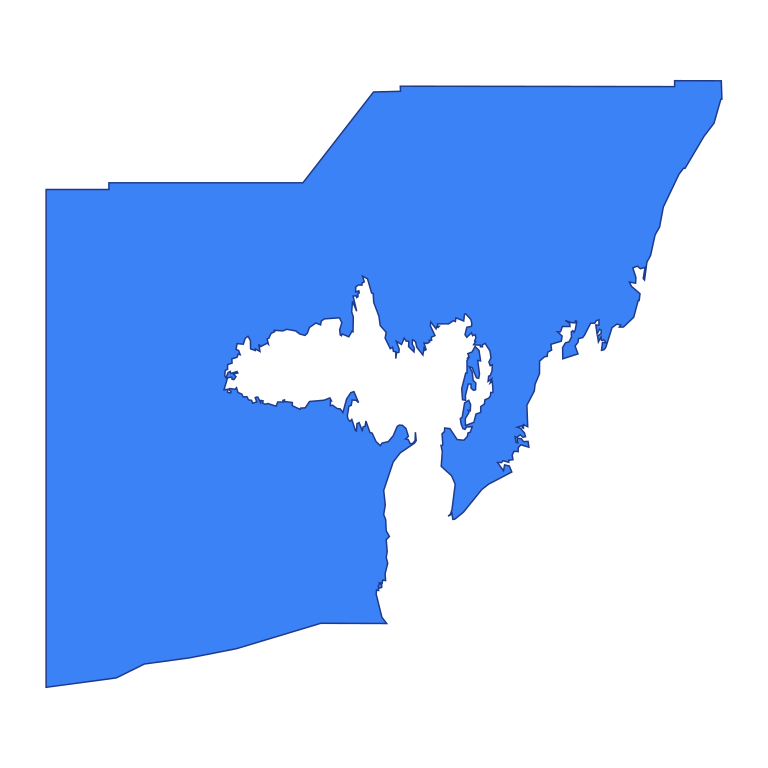 the district of 98, Ar Rayyān, Qatar
{"feature_id": "91078587B41884610793448", "entity_name": "98", "entity_type": "district", "adm_level": 2, "iso_a3": "QAT", "parent_name": "Qatar", "parent_adm1": "Ar Rayyān", "projection": "mercator", "projection_center": [51.33, 24.623], "detail": "fine", "context": "isolated", "style": "filled", "palette": "blue", "viewbox_px": 768, "rotation_deg": 0, "n_neighbors": 0, "source": "geoboundaries", "source_scale": "gbopen_adm2", "svg_char_len": 6122}
<svg xmlns="http://www.w3.org/2000/svg" viewBox="0 0 768 768"><path d="M46.1,687.3L116.3,677.9L144.4,664.0L189.9,657.8L236.7,648.6L320.7,623.3L386.7,623.5L381.9,617.3L376.2,594.2L376.5,590.0L378.6,590.5L378.3,584.8L378.6,588.4L381.7,587.4L381.7,584.3L379.3,584.1L379.3,582.7L382.2,583.2L382.7,580.1L385.6,580.6L385.1,573.8L387.7,563.3L386.2,557.5L387.2,551.7L386.2,539.7L389.4,536.5L386.2,530.8L385.7,519.7L383.7,514.5L385.3,505.0L383.7,490.4L393.2,462.0L400.2,452.9L414.4,443.2L416.2,440.6L415.4,432.2L415.1,440.6L412.6,443.5L410.2,443.7L408.1,439.5L405.5,439.0L408.4,436.4L406.0,428.5L402.4,425.3L399.3,425.1L397.2,426.4L393.2,435.8L388.3,441.6L382.0,443.1L380.4,445.7L376.0,441.5L372.1,433.1L370.0,432.6L365.9,421.0L365.1,426.3L363.2,426.8L362.2,430.5L359.1,422.6L357.0,423.6L356.4,431.0L355.4,430.5L351.8,419.4L350.2,421.3L348.1,419.4L347.3,415.8L348.9,406.3L351.3,405.3L352.1,400.0L356.0,400.3L358.6,402.7L353.9,391.6L350.8,392.7L346.6,399.0L342.9,412.6L340.3,408.9L337.2,408.6L332.5,405.2L330.4,405.7L330.4,401.0L331.5,401.0L329.9,397.9L324.1,400.2L309.5,401.5L305.3,407.8L300.6,408.1L300.1,409.4L292.3,405.7L292.3,402.5L284.5,401.5L284.5,399.9L282.9,400.4L283.4,402.0L277.7,402.0L276.1,406.2L267.8,403.5L265.2,404.3L262.5,403.0L263.1,400.9L261.0,400.4L260.5,402.5L257.9,397.2L256.3,397.0L255.2,397.7L256.8,401.9L252.6,403.2L251.6,400.4L248.5,399.8L246.9,396.7L243.2,396.9L241.7,394.0L238.0,392.5L236.5,387.7L234.9,389.3L229.7,388.5L228.6,389.3L231.0,391.4L230.7,393.0L227.6,392.4L227.6,389.3L224.0,389.8L227.6,377.7L231.8,377.2L232.1,379.3L233.9,379.6L236.0,376.7L233.4,374.1L237.8,373.0L237.0,371.5L230.8,373.5L230.2,371.4L228.1,372.5L226.0,377.7L224.7,375.6L225.3,370.4L227.6,369.3L227.6,364.6L232.1,363.1L231.8,358.9L237.0,357.3L238.1,354.1L240.2,354.7L238.6,350.5L236.0,349.4L237.1,343.6L243.3,344.2L245.2,338.4L248.0,336.3L250.4,340.5L250.6,348.9L255.3,350.5L255.3,348.9L260.0,351.5L258.7,344.2L260.6,346.6L267.3,343.2L268.4,344.2L267.1,339.0L268.9,338.2L271.0,333.5L274.7,331.6L274.2,330.3L283.0,330.9L286.7,329.3L295.6,330.9L299.7,334.0L305.0,335.4L307.3,333.3L309.4,327.5L315.9,323.0L320.6,324.9L321.2,321.2L324.3,318.9L339.5,317.8L341.8,322.8L339.7,329.6L340.2,334.9L341.5,335.7L342.0,333.9L348.8,336.8L352.0,331.2L353.0,331.8L353.3,317.1L351.7,311.8L352.5,301.3L356.7,311.3L353.1,296.1L356.2,295.8L356.7,297.6L358.0,296.6L358.0,293.5L359.3,292.9L358.8,290.8L355.7,291.9L355.7,287.1L358.3,285.0L362.0,285.1L362.0,283.0L364.3,281.9L362.5,276.1L367.5,278.8L371.6,293.0L373.2,293.5L373.7,302.4L378.9,316.1L380.2,325.5L386.2,332.4L385.1,338.1L390.3,348.7L392.6,347.3L393.4,351.3L395.8,351.8L395.8,358.6L396.5,352.9L398.9,352.3L399.2,349.2L396.3,341.3L401.5,344.5L404.2,338.2L406.2,341.1L408.8,341.3L408.6,346.6L414.0,351.9L414.3,348.2L412.2,344.0L412.5,339.8L413.5,340.0L415.6,341.9L416.7,347.1L422.9,355.0L424.0,348.2L425.0,350.3L426.1,349.5L424.0,343.0L427.1,343.5L429.7,341.9L429.2,340.3L431.6,340.3L431.3,337.2L435.0,335.6L430.3,325.6L430.8,322.0L436.0,328.8L436.6,326.7L438.1,327.5L439.2,326.2L437.6,326.2L437.6,323.8L448.6,323.9L453.3,320.7L455.4,321.5L455.9,317.8L463.7,321.0L464.5,314.2L465.8,313.9L470.8,319.4L471.8,323.1L471.5,326.3L466.8,327.3L465.0,334.7L466.8,337.3L471.5,332.8L472.6,335.7L475.2,334.7L475.9,337.8L474.6,341.0L475.7,341.5L473.6,344.7L480.4,345.2L480.4,346.8L482.5,346.8L482.5,344.7L485.1,343.4L490.0,351.0L491.0,357.8L488.9,362.0L490.2,365.7L492.3,364.7L492.0,370.9L490.2,375.7L488.6,376.2L488.1,381.4L491.8,378.8L490.2,383.0L492.3,381.4L493.0,390.9L492.8,392.5L490.7,392.5L490.4,396.1L488.6,398.2L484.9,399.8L484.4,404.0L480.7,406.6L480.7,412.4L476.0,414.0L473.9,422.3L465.5,425.5L465.3,418.6L469.0,412.4L468.2,410.3L470.3,410.8L470.6,404.5L468.7,400.3L464.6,402.9L462.2,417.1L460.3,418.6L461.1,423.9L462.9,428.6L465.0,429.4L466.6,427.0L472.2,426.7L470.2,432.3L468.1,432.8L467.3,436.5L463.9,440.2L457.2,439.6L449.9,428.6L444.7,428.0L444.4,431.7L442.0,433.8L442.8,443.8L442.5,445.4L441.0,445.4L442.3,451.7L441.2,466.3L451.6,475.8L455.2,484.2L452.0,509.4L450.5,514.1L448.1,516.2L451.0,514.6L451.8,512.0L452.8,519.4L454.9,519.1L463.5,512.1L481.8,489.5L488.7,484.1L511.8,472.0L509.3,466.0L504.6,464.9L503.5,470.7L497.5,462.5L501.5,462.6L503.0,460.7L508.8,462.3L508.8,460.2L513.0,459.7L512.2,455.0L514.0,451.3L518.2,451.6L518.2,447.7L520.8,444.8L528.9,447.2L528.1,441.4L523.4,441.6L521.4,438.7L517.2,438.2L517.7,442.9L516.1,442.4L515.1,436.6L516.7,437.4L520.3,434.8L522.9,437.2L525.5,436.7L524.5,433.0L520.3,428.2L517.2,427.2L522.4,425.6L522.2,427.7L523.5,428.2L523.5,424.6L527.7,426.7L526.9,405.2L534.3,391.0L535.1,384.2L539.5,373.7L539.6,361.1L544.6,356.7L547.2,356.4L547.7,352.2L551.6,350.1L550.9,344.3L561.3,341.2L562.1,336.0L557.4,331.8L560.5,331.8L562.4,326.5L570.0,326.5L569.7,323.4L565.2,320.4L571.3,322.6L574.9,322.9L575.5,320.8L576.8,321.3L575.2,330.2L573.9,332.3L572.8,330.7L571.3,331.8L571.5,337.0L569.1,341.8L565.5,342.8L562.6,347.5L562.8,358.8L578.0,353.9L575.1,346.0L578.0,342.3L578.5,338.6L582.7,337.6L584.6,335.0L590.6,323.2L594.8,323.2L596.3,320.6L599.0,319.8L598.9,325.1L595.8,325.0L597.1,334.0L599.5,329.3L601.3,330.3L601.0,333.5L597.6,336.1L598.4,341.9L601.0,337.1L601.5,340.3L604.1,340.0L606.2,342.9L602.5,342.4L601.5,350.3L604.1,349.7L605.9,347.1L612.0,327.7L616.9,324.1L620.7,325.1L619.4,327.1L623.5,327.0L633.7,317.3L638.2,300.5L639.2,300.5L640.0,293.7L631.4,286.3L629.4,282.1L635.6,283.2L635.9,277.4L632.8,267.9L637.3,266.1L640.4,268.7L645.1,267.4L643.2,278.5L644.5,280.0L646.9,262.2L650.6,255.4L655.1,234.9L659.6,227.0L663.3,207.1L679.1,174.0L683.5,168.3L685.1,168.3L704.0,136.3L714.0,123.2L720.9,99.1L721.9,99.1L721.3,80.8L674.6,80.7L674.6,86.6L400.3,86.2L400.5,91.3L373.5,92.0L302.9,182.8L108.9,182.8L108.9,189.5L46.1,189.5L46.1,687.3ZM479.0,350.4L475.1,346.5L472.0,352.0L467.8,353.6L468.9,356.7L467.8,357.8L468.8,357.8L467.0,360.4L467.0,373.0L465.7,373.0L461.7,388.7L462.5,399.7L465.6,400.3L465.4,395.6L468.3,384.0L470.9,384.0L471.1,388.2L473.5,390.3L475.6,389.8L475.8,383.0L473.2,380.4L472.2,371.9L469.3,366.7L472.2,367.7L476.4,377.7L478.7,378.3L479.5,374.1L477.7,360.4L480.6,360.9L479.0,350.4Z" fill="#3b82f6" stroke="#1e3a8a" stroke-width="1.5"/></svg>